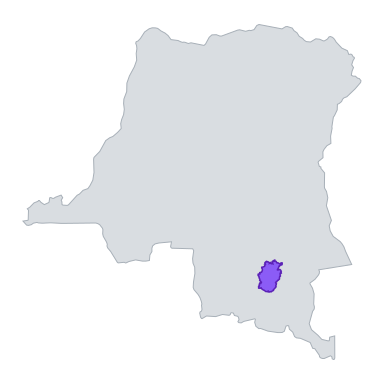 Bukama, Katanga, Democratic Republic of the Congo shown in context
{"feature_id": "63176286B12691977822681", "entity_name": "Bukama", "entity_type": "district", "adm_level": 2, "iso_a3": "COD", "parent_name": "Democratic Republic of the Congo", "parent_adm1": "Katanga", "projection": "mercator", "projection_center": [26.071, -8.833], "detail": "fine", "context": "in_parent", "style": "filled", "palette": "violet", "viewbox_px": 384, "rotation_deg": 0, "n_neighbors": 0, "source": "geoboundaries", "source_scale": "gbopen_adm2", "svg_char_len": 8253}
<svg xmlns="http://www.w3.org/2000/svg" viewBox="0 0 384 384"><path d="M351.7,264.5L318.8,269.8L319.5,271.7L319.2,273.6L318.3,275.2L315.0,279.3L310.0,283.0L310.0,283.9L312.5,288.2L314.1,293.9L313.7,304.1L314.4,306.9L314.2,309.0L312.6,311.4L309.2,323.7L311.5,329.7L318.0,335.3L321.8,339.4L328.2,340.9L329.3,340.7L329.7,337.2L334.7,335.9L334.8,358.0L334.4,359.2L333.5,359.5L332.2,358.8L331.8,356.7L330.5,355.8L324.2,358.5L322.6,358.5L320.9,358.0L319.6,356.9L319.3,355.2L314.8,348.7L312.7,348.3L310.2,342.5L300.4,338.3L296.6,337.9L294.6,336.6L292.7,332.1L289.4,329.2L288.7,326.0L288.0,325.5L286.0,326.1L284.3,331.3L282.1,332.5L278.0,332.6L267.9,331.1L260.7,328.5L258.8,328.6L255.9,326.3L254.7,322.3L255.4,319.3L254.8,318.8L243.8,321.4L241.2,322.9L238.7,322.6L237.9,321.7L239.0,319.6L238.5,317.4L237.7,316.3L234.4,315.5L233.4,313.1L231.4,312.7L230.7,313.1L230.2,314.7L229.1,315.3L222.5,314.5L215.6,316.6L206.5,316.0L202.1,318.6L201.5,318.5L200.6,317.2L199.7,313.1L200.1,311.9L201.5,311.1L202.0,309.4L201.5,305.1L201.9,304.1L201.4,301.6L200.0,297.7L198.1,294.5L194.0,289.7L193.2,287.4L193.5,282.0L194.9,273.5L194.7,267.2L193.0,263.1L192.6,258.7L193.7,250.7L192.7,248.8L171.9,248.2L171.0,247.6L170.6,246.5L171.5,241.8L158.9,243.0L155.1,243.9L152.7,245.8L151.9,248.2L151.9,251.6L149.9,254.9L149.4,260.5L145.9,261.1L142.4,261.1L135.6,259.9L129.0,261.5L125.8,263.0L124.1,262.3L118.2,262.9L117.4,262.4L110.6,251.4L107.6,247.8L107.0,246.0L107.3,244.3L106.5,242.0L103.3,236.4L102.7,233.8L102.9,229.7L102.5,228.3L99.7,224.7L97.8,223.6L95.8,223.0L61.8,223.4L50.5,222.8L42.3,223.2L38.2,222.9L37.0,222.4L33.3,223.2L31.3,224.7L28.4,225.4L26.6,225.1L23.0,221.1L27.8,220.3L28.2,219.9L28.5,210.2L27.3,208.8L29.8,207.2L34.0,202.9L38.0,201.3L38.5,200.5L39.4,200.5L40.9,202.3L44.3,204.6L48.7,202.6L49.1,202.0L49.7,197.8L50.8,197.5L52.6,198.4L53.7,198.4L55.5,197.2L61.1,195.1L62.7,197.7L61.2,200.2L61.9,201.9L62.0,204.5L62.9,205.1L67.3,205.4L68.5,204.8L77.2,195.2L79.4,194.1L83.1,190.3L87.9,188.6L90.0,185.6L92.8,180.2L94.0,172.5L93.6,159.2L94.0,157.4L99.8,151.4L105.8,140.5L109.8,137.7L112.8,136.5L117.5,132.5L121.2,128.5L120.7,123.7L121.6,119.7L123.6,114.6L124.3,109.3L123.6,103.6L123.9,99.0L126.7,91.6L126.9,83.1L129.4,76.0L134.3,66.9L136.7,60.2L136.2,53.5L136.9,48.6L136.6,45.7L135.7,43.2L136.2,41.7L138.0,41.0L140.4,38.5L144.6,32.0L149.1,28.8L152.2,27.8L155.5,27.9L157.7,28.4L161.1,31.0L165.1,33.1L168.1,35.6L171.0,39.6L178.0,40.5L181.0,41.9L182.9,42.4L183.6,42.1L185.0,42.3L188.3,43.5L191.0,42.8L204.0,45.4L205.5,44.1L209.2,37.3L211.9,34.9L216.3,34.7L219.8,36.0L221.7,36.0L237.7,30.1L239.7,29.8L245.6,31.3L249.3,30.3L250.9,30.6L254.1,29.6L256.8,25.5L259.0,24.5L282.0,28.9L285.6,26.7L287.2,26.5L292.3,28.1L293.9,30.6L297.0,32.8L299.2,36.3L302.6,38.4L304.3,40.3L306.3,41.6L310.5,42.0L315.8,38.8L319.6,39.2L323.3,40.9L324.6,40.8L327.5,39.0L329.0,36.9L330.4,36.5L332.6,37.4L334.5,39.3L336.1,42.0L341.8,48.1L347.4,50.7L348.8,54.5L350.8,54.1L351.8,54.5L353.2,56.9L354.2,57.3L354.4,58.3L353.0,60.6L351.7,64.8L353.5,67.5L352.0,71.3L351.3,75.2L353.1,76.2L355.4,76.2L357.6,78.2L359.2,78.5L361.0,80.7L360.6,82.5L355.1,88.9L346.8,96.8L344.1,97.8L342.6,99.2L341.6,101.5L339.2,103.5L337.4,104.3L337.2,109.9L334.4,115.8L333.4,117.0L331.9,126.6L332.1,128.3L330.6,136.1L330.9,143.4L326.9,145.7L324.1,149.3L322.9,151.8L323.0,157.7L318.5,161.4L318.1,162.2L319.3,166.4L320.9,167.0L320.9,168.4L324.6,172.9L324.4,186.8L324.6,188.2L326.5,191.5L327.8,197.7L326.4,205.7L331.4,220.4L329.2,225.8L330.2,230.9L333.2,236.4L340.3,241.7L342.1,243.9L343.9,246.8L345.6,251.4L351.7,264.5Z" fill="#d9dde1" stroke="#a8b0b8" stroke-width="1"/><path d="M280.8,273.1L280.7,272.9L280.9,272.7L281.0,272.4L281.1,272.5L281.2,272.4L281.2,272.2L281.2,271.9L280.9,271.8L280.9,271.7L281.0,271.6L280.8,271.5L280.8,271.1L281.0,270.7L280.9,270.5L280.6,270.1L279.9,269.5L279.7,269.5L279.3,269.6L279.1,269.7L278.5,269.7L278.4,269.8L278.1,269.9L277.9,270.0L277.6,269.9L277.4,269.8L277.6,269.2L278.6,267.9L278.5,267.3L278.9,266.7L279.2,266.5L279.4,266.4L279.2,266.0L279.3,265.9L279.5,265.9L279.8,265.5L280.3,265.3L280.7,264.8L280.9,264.8L281.6,265.0L281.9,264.8L282.2,264.2L282.2,263.9L282.1,264.0L282.0,263.9L281.9,263.7L281.6,263.2L281.7,262.9L281.2,262.8L280.7,263.2L280.5,263.4L280.0,263.7L279.6,263.8L278.7,263.3L278.2,262.9L277.5,262.7L277.3,262.9L277.0,262.8L276.9,262.8L276.7,262.8L276.6,262.7L276.3,261.7L276.0,261.4L275.8,261.2L275.5,261.1L275.2,261.1L274.4,261.3L274.4,261.0L274.8,260.4L274.8,260.1L274.7,260.1L274.4,260.1L274.1,260.3L273.5,260.8L273.4,261.1L273.1,260.9L272.4,261.4L272.4,261.5L272.5,261.7L272.6,262.1L272.4,262.5L272.8,263.6L272.6,263.5L272.7,263.8L272.4,263.8L272.2,263.7L272.1,263.8L271.9,263.8L271.9,263.7L271.5,263.5L271.2,263.5L270.9,263.4L270.6,263.4L270.6,263.1L270.6,262.9L270.4,263.1L270.2,263.1L270.1,262.9L270.1,263.0L270.1,263.4L269.9,263.4L269.7,263.3L269.7,263.0L269.4,263.2L269.5,262.7L269.4,262.6L269.2,262.6L268.9,262.4L268.5,262.1L268.3,262.1L267.9,261.7L267.7,261.7L267.1,261.9L266.9,261.8L266.8,261.6L266.6,261.7L266.4,261.4L266.2,261.5L266.3,261.7L266.1,261.7L266.0,261.8L266.0,262.0L265.9,262.1L265.7,262.1L265.6,262.3L265.4,262.5L265.2,262.4L265.0,262.5L264.9,262.9L264.8,263.2L264.8,263.3L264.9,263.5L265.3,263.7L265.4,264.0L265.2,264.0L265.2,264.5L264.9,264.8L264.9,265.0L264.7,265.0L264.8,265.2L264.7,265.4L264.7,265.5L264.8,265.3L264.9,265.7L264.8,266.0L264.6,266.1L264.5,266.3L264.4,266.3L264.2,266.5L263.9,266.6L263.7,266.7L263.5,266.8L262.9,266.9L262.8,267.0L262.7,267.1L262.5,267.3L262.2,267.3L261.8,267.3L261.7,267.3L261.7,267.7L261.7,267.8L261.7,268.0L262.0,268.2L262.1,268.4L262.1,268.7L262.4,269.2L262.4,269.5L262.4,269.9L262.3,270.4L262.2,270.6L262.3,270.8L261.7,271.7L261.6,272.2L261.5,272.3L261.4,272.3L261.1,272.3L260.7,272.3L260.4,272.5L260.1,272.5L259.7,272.6L259.7,272.8L259.7,273.2L259.8,273.4L260.0,273.6L260.0,273.8L259.9,274.0L258.8,274.0L258.3,274.0L258.2,274.2L258.3,274.4L258.2,274.5L258.4,274.7L258.5,274.9L258.5,275.1L258.2,275.4L258.3,275.5L258.2,275.6L258.3,275.8L258.5,275.9L258.9,276.3L258.9,276.8L259.0,276.8L259.2,277.4L259.2,277.8L259.3,278.2L259.3,278.4L259.4,278.6L259.5,278.6L259.6,278.8L259.7,279.1L259.8,279.2L259.9,279.9L259.8,280.1L259.7,280.3L259.8,280.4L259.8,280.5L260.1,280.7L260.3,280.9L260.5,281.0L260.7,281.4L260.7,281.5L260.9,281.8L260.9,282.0L261.2,282.2L261.4,282.2L261.4,282.3L261.4,282.5L261.2,282.6L261.0,282.8L260.9,282.7L260.8,282.8L260.8,283.1L260.6,283.0L260.4,283.1L260.2,282.8L260.1,282.7L260.0,282.9L259.9,283.0L259.9,283.3L259.7,283.3L259.5,283.7L259.3,284.2L259.3,284.3L259.5,284.2L259.5,284.4L259.6,284.6L259.4,284.7L259.4,284.9L259.3,285.0L259.5,285.2L259.5,285.3L259.2,285.6L259.1,285.8L258.9,286.0L259.2,286.1L259.2,286.4L259.1,286.5L259.1,286.4L258.9,286.5L258.7,287.0L258.9,287.4L258.8,287.5L258.6,287.6L258.6,287.8L258.8,287.8L258.8,288.1L259.1,288.1L259.3,288.1L259.6,288.2L259.8,288.2L260.0,288.3L260.4,288.2L260.7,287.9L261.1,287.8L261.3,288.3L262.1,289.2L262.3,289.3L262.9,289.7L263.8,290.2L264.1,290.2L264.3,290.4L264.6,290.7L265.3,291.1L265.9,291.6L266.5,291.6L267.6,291.3L267.9,291.3L268.1,291.2L268.1,291.3L268.0,291.8L268.1,292.0L269.3,291.8L269.5,291.9L269.6,292.0L269.8,291.9L270.0,291.7L270.4,291.8L270.8,291.6L271.1,291.8L271.4,291.8L271.6,291.6L271.9,291.2L272.1,291.1L272.4,291.0L272.9,290.7L273.4,290.5L273.3,290.3L273.2,290.1L273.4,289.7L274.3,288.9L274.7,288.4L275.0,288.1L275.1,287.9L275.4,287.7L275.7,287.2L275.8,287.1L276.0,286.9L275.9,286.8L276.0,286.7L275.9,286.3L275.7,285.9L275.7,285.7L275.8,285.6L275.9,285.4L275.9,285.2L276.1,285.0L276.0,284.9L276.3,284.3L276.3,284.1L276.4,283.7L276.2,283.6L276.1,283.4L275.8,283.2L275.7,282.9L275.8,282.9L275.9,282.7L276.0,282.5L276.0,282.3L276.2,282.1L276.3,281.8L276.3,281.7L276.6,281.7L276.8,281.7L277.0,281.4L277.1,281.2L277.2,280.9L277.4,280.6L277.5,280.5L277.8,280.3L277.9,280.2L278.2,280.3L278.3,280.2L278.5,280.0L278.5,279.9L278.7,279.7L278.8,279.6L279.0,279.4L279.4,279.2L279.5,278.7L279.4,278.4L279.5,278.1L279.5,277.2L279.7,276.6L280.0,276.5L280.2,276.2L280.4,276.1L280.4,275.8L280.4,275.7L280.1,275.3L280.1,275.0L280.1,274.7L280.1,274.4L280.3,274.0L280.1,273.5L280.2,273.4L280.4,273.3L280.4,273.1L280.8,273.2L280.8,273.4L280.9,273.5L281.1,273.3L280.9,273.2L280.8,273.1Z" fill="#8b5cf6" stroke="#5b21b6" stroke-width="1.5"/></svg>